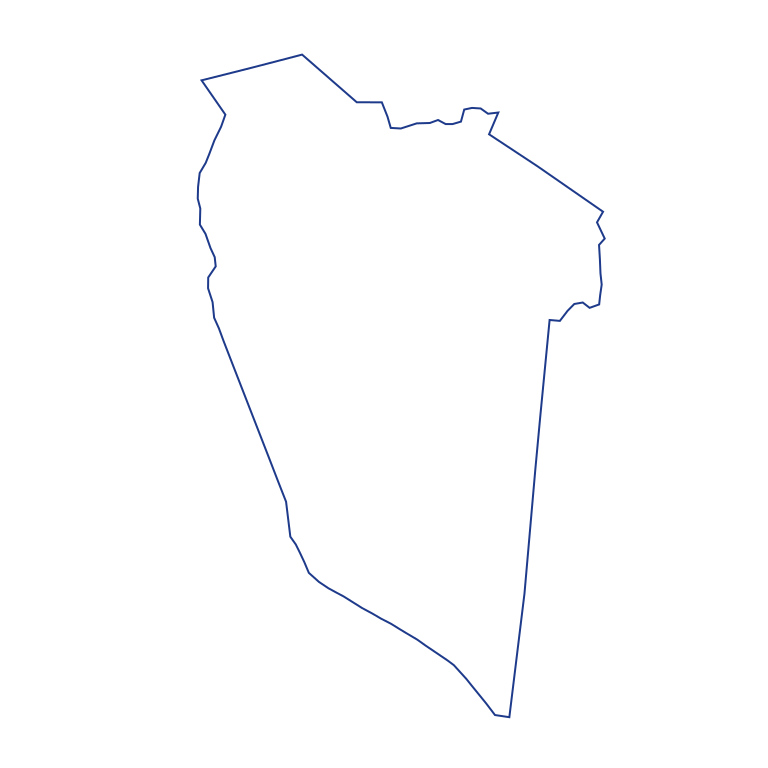 outline of Nova Olinda, Ceará, Brazil, rotated 5°
{"feature_id": "56859067B48732903430500", "entity_name": "Nova Olinda", "entity_type": "district", "adm_level": 2, "iso_a3": "BRA", "parent_name": "Brazil", "parent_adm1": "Ceará", "projection": "equal_earth", "projection_center": [-39.668, -7.106], "detail": "fine", "context": "isolated", "style": "outline", "palette": "blue", "viewbox_px": 768, "rotation_deg": 5, "n_neighbors": 0, "source": "geoboundaries", "source_scale": "gbopen_adm2", "svg_char_len": 1253}
<svg xmlns="http://www.w3.org/2000/svg" viewBox="0 0 768 768"><g transform="rotate(5 384 384)"><path d="M202.5,129.5L199.3,141.9L193.8,156.1L189.9,170.1L187.1,179.3L182.0,189.9L181.6,203.9L182.3,215.6L185.7,225.2L186.7,241.3L193.1,250.0L199.3,263.7L204.3,272.4L206.1,281.5L199.6,293.2L200.4,304.0L206.1,317.4L209.0,332.8L214.7,343.0L220.5,355.3L232.7,380.1L277.0,469.9L287.1,490.5L296.7,509.8L304.0,544.3L310.1,551.5L314.8,559.2L320.1,568.3L325.6,578.7L336.4,586.8L346.4,592.3L355.1,596.1L362.2,599.1L370.6,603.4L381.7,609.1L392.2,613.6L401.5,618.0L412.0,622.3L420.5,626.6L427.4,630.0L439.3,635.7L448.3,641.0L471.3,653.8L478.1,658.0L485.0,664.4L491.7,670.6L497.9,677.1L513.8,693.5L523.4,704.1L537.9,705.0L542.2,580.6L542.2,468.2L542.2,455.0L542.5,402.7L543.4,305.8L553.7,305.8L560.5,295.1L566.6,287.7L574.9,285.5L582.2,290.2L591.4,286.0L591.6,276.8L592.2,266.0L590.0,254.9L588.2,240.9L586.1,226.7L591.2,219.9L582.1,204.4L587.2,193.3L517.7,153.6L466.9,126.1L474.2,103.6L464.1,105.7L456.3,101.1L447.6,101.3L440.0,103.6L437.8,115.9L429.6,119.1L422.8,119.7L414.8,116.3L406.9,120.0L393.9,121.5L378.5,128.0L368.4,128.3L364.2,117.4L357.3,103.6L332.3,105.7L273.7,63.0L224.8,80.4L175.8,97.4L202.5,129.5Z" fill="none" stroke="#1e3a8a" stroke-width="2"/></g></svg>